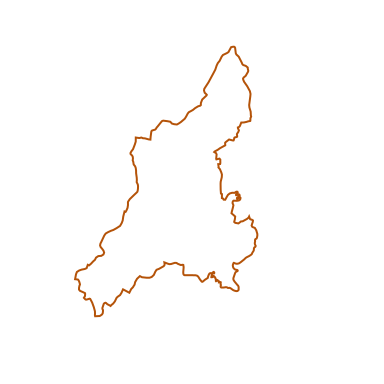 the district of Lang Son, Lạng Sơn, Vietnam, rotated 21°
{"feature_id": "81297802B21506651579478", "entity_name": "Lang Son", "entity_type": "district", "adm_level": 2, "iso_a3": "VNM", "parent_name": "Vietnam", "parent_adm1": "Lạng Sơn", "projection": "equal_earth", "projection_center": [106.757, 21.855], "detail": "fine", "context": "isolated", "style": "outline", "palette": "amber", "viewbox_px": 384, "rotation_deg": 21, "n_neighbors": 0, "source": "geoboundaries", "source_scale": "gbopen_adm2", "svg_char_len": 6107}
<svg xmlns="http://www.w3.org/2000/svg" viewBox="0 0 384 384"><g transform="rotate(21 192 192)"><path d="M146.1,342.7L150.2,340.9L150.9,340.1L151.9,338.5L152.1,337.2L151.7,335.5L151.2,334.1L150.3,333.3L149.9,332.4L149.7,328.0L150.1,327.1L150.9,326.4L151.5,326.4L153.2,327.1L156.0,327.4L156.8,327.6L157.3,326.3L158.4,324.4L159.2,321.8L159.5,317.9L160.1,316.5L161.8,314.0L162.3,311.3L162.5,307.6L169.6,308.5L170.0,304.4L171.0,302.1L171.3,300.3L171.6,299.1L171.2,296.5L171.8,292.7L173.5,289.2L175.8,289.5L180.7,288.2L183.0,287.3L184.8,285.8L186.1,283.1L186.3,279.5L186.8,277.3L188.7,275.6L192.1,271.5L192.5,270.3L192.3,269.1L191.6,268.0L191.4,267.6L195.0,267.6L196.6,267.5L198.2,266.8L201.2,264.4L202.5,263.9L203.1,263.8L204.3,264.1L207.7,264.2L208.3,263.9L208.9,263.5L209.6,263.2L210.0,263.2L211.1,265.1L211.6,266.7L212.4,269.5L212.8,270.6L213.4,271.7L214.0,272.2L214.4,272.3L215.0,272.3L224.2,268.8L225.1,268.5L226.6,268.3L228.0,268.7L230.8,270.8L233.2,272.2L233.7,272.2L234.1,271.9L235.6,269.2L237.5,266.6L237.3,264.9L237.3,263.2L237.5,262.0L238.1,261.2L239.6,260.8L240.0,260.2L240.7,258.9L241.0,258.8L241.7,259.3L241.8,259.8L241.5,259.8L241.2,260.0L240.2,261.6L240.1,262.2L240.4,263.3L240.5,264.3L240.6,264.6L241.0,264.5L241.2,264.1L241.8,264.0L242.0,263.8L241.9,262.8L242.1,262.6L242.4,262.6L244.3,263.5L244.6,263.9L244.9,264.5L245.3,264.8L245.8,264.9L246.0,266.2L246.2,266.6L246.4,266.7L246.7,266.3L247.2,265.2L247.4,265.1L248.0,265.7L248.3,265.7L248.9,265.6L249.2,266.0L249.5,266.8L250.0,266.6L250.4,266.0L251.1,265.9L251.3,266.2L251.7,267.8L252.3,268.4L252.4,268.8L252.4,269.5L252.6,270.0L253.0,270.5L253.6,270.7L255.7,269.9L257.4,268.9L258.1,268.6L259.0,268.5L259.7,268.7L260.2,268.6L261.4,268.0L262.4,268.0L265.4,268.8L266.9,268.9L268.8,268.7L269.8,268.2L270.5,267.2L270.5,266.4L269.6,264.0L268.6,262.9L267.8,262.6L263.9,260.4L262.5,259.4L261.8,258.5L261.5,257.5L261.3,252.3L261.4,251.4L261.8,250.6L262.7,249.7L262.9,249.2L262.7,248.8L262.1,248.6L261.0,248.8L259.9,248.9L259.0,248.6L258.0,248.1L257.1,247.2L256.3,245.7L256.2,244.6L256.3,243.2L256.5,243.1L257.9,243.2L258.9,243.1L259.7,242.9L260.6,242.4L261.6,241.6L262.8,239.8L264.9,236.2L265.7,234.4L266.3,233.5L268.3,231.3L269.4,229.8L270.0,228.7L270.1,228.3L270.1,227.1L270.6,224.7L270.5,223.9L270.1,222.8L270.0,222.0L270.1,221.6L270.2,221.2L270.7,220.6L270.8,220.2L270.8,219.8L270.7,219.4L270.4,219.1L269.9,218.7L269.2,217.8L268.9,217.1L268.6,215.5L268.1,214.4L268.0,213.6L268.1,213.3L268.9,212.4L269.0,211.6L268.9,210.8L268.6,209.2L268.0,207.7L265.7,204.7L263.5,203.0L261.3,203.0L260.7,202.9L259.7,202.0L259.5,199.9L259.5,198.3L259.1,196.7L257.6,196.4L256.4,196.6L255.7,196.3L254.1,194.4L254.0,195.6L253.0,197.4L249.8,201.2L248.2,202.0L247.5,203.3L246.6,204.7L243.4,205.3L242.1,204.8L241.8,202.1L241.1,199.4L236.5,197.7L236.2,195.9L235.8,192.2L235.4,189.5L233.8,187.8L233.5,186.6L233.6,185.8L233.9,185.2L237.1,184.1L238.8,183.1L239.6,181.9L239.6,181.1L239.4,180.1L238.8,179.7L238.2,180.1L236.7,182.4L236.2,181.8L236.1,181.3L237.5,178.9L237.7,178.1L237.2,177.5L236.5,177.4L235.6,178.3L234.4,179.2L234.2,179.1L234.0,178.4L234.4,177.4L234.8,176.5L234.8,175.9L234.3,175.5L233.3,175.8L231.9,177.6L229.8,178.3L227.8,179.8L226.6,181.8L226.2,184.1L225.8,187.3L224.3,187.8L223.4,187.0L222.1,187.0L220.7,183.2L219.6,183.1L217.9,179.5L215.7,174.0L215.1,172.1L214.5,167.5L213.7,165.0L212.4,163.3L209.9,160.7L207.9,159.6L207.8,158.9L206.5,156.6L207.6,156.1L208.2,155.8L208.1,154.9L206.8,151.6L205.7,151.0L203.1,152.8L202.7,152.4L201.5,148.1L200.5,147.1L198.4,146.7L198.6,146.1L200.9,143.4L202.5,141.0L206.3,136.5L205.3,134.2L205.5,133.5L207.8,129.7L211.4,129.3L212.3,129.0L212.4,128.4L212.1,126.1L212.6,125.5L213.8,124.8L214.3,124.2L214.1,123.5L213.3,122.2L213.2,121.4L213.7,119.4L213.7,117.6L212.1,116.1L211.7,115.3L212.4,114.7L213.0,113.6L213.1,112.0L213.1,110.8L213.1,109.5L215.5,108.5L217.8,107.0L219.0,106.0L220.9,104.8L220.8,104.1L220.4,103.1L220.1,102.0L220.2,100.4L219.5,99.4L218.0,96.0L215.3,92.5L214.2,90.3L212.2,82.0L211.5,79.5L209.9,77.1L205.7,73.5L201.1,70.4L199.5,68.7L199.0,67.8L199.2,66.6L200.5,64.3L201.2,59.7L201.1,58.7L199.9,56.9L199.4,55.8L197.0,55.0L194.3,55.1L193.2,54.6L192.1,53.4L187.1,48.9L184.1,47.7L183.1,46.7L181.9,44.4L180.6,42.0L179.9,41.4L179.1,41.3L177.7,42.0L176.6,42.8L175.9,48.3L174.9,49.7L171.8,53.0L171.2,55.0L170.8,59.7L169.9,62.4L169.7,65.2L169.9,69.4L169.4,73.6L168.1,83.7L166.5,91.2L166.8,92.9L168.3,94.8L170.3,95.6L171.0,96.0L170.9,96.8L168.4,102.0L168.4,105.7L169.1,107.7L168.8,108.4L167.0,109.8L164.9,112.5L163.5,115.0L162.2,116.6L160.4,118.7L159.9,120.3L159.5,123.6L159.0,126.2L156.6,130.6L155.0,132.9L153.7,134.4L151.0,135.1L148.7,135.3L146.6,134.2L143.7,134.7L139.6,135.7L138.7,136.4L138.2,137.6L136.4,143.2L135.9,144.5L135.7,145.9L135.3,146.9L132.7,148.9L132.4,149.6L132.4,150.3L133.6,155.3L134.4,158.0L132.8,158.4L128.8,158.8L126.9,159.4L125.3,159.3L124.9,159.5L123.8,160.3L123.1,160.6L120.0,161.3L121.4,165.1L121.6,168.1L121.6,173.2L120.8,175.9L120.7,176.9L120.6,177.7L121.0,178.5L121.7,178.9L123.0,179.4L124.0,180.3L124.8,181.7L125.3,183.7L126.3,184.8L127.7,187.2L129.7,188.4L130.9,189.8L132.1,192.0L133.1,194.5L135.3,198.5L136.1,200.3L136.5,201.5L136.8,202.6L138.7,204.4L139.5,205.8L140.4,208.4L140.8,210.2L140.9,211.4L140.5,212.4L139.0,215.5L136.5,220.9L135.8,223.9L135.9,224.6L136.9,227.1L137.5,229.9L137.4,232.8L137.1,234.4L136.7,234.5L136.0,234.4L136.6,239.5L137.5,243.4L137.5,246.2L137.0,249.4L134.6,252.7L132.2,255.6L130.2,257.3L127.9,259.7L126.3,261.7L125.7,264.1L125.2,271.2L125.0,272.9L125.3,274.8L126.4,276.1L128.4,277.2L130.3,278.4L131.7,280.1L131.7,282.1L130.2,284.1L127.5,285.4L125.9,287.7L125.7,290.1L124.6,292.2L123.4,295.2L122.2,297.4L120.8,297.3L120.9,300.9L119.5,302.3L116.8,304.0L114.8,305.7L113.2,307.9L113.2,310.4L114.1,315.3L116.9,314.6L117.9,315.2L118.9,316.2L120.2,317.9L120.6,318.6L120.5,319.8L120.9,322.1L121.5,323.6L122.8,324.4L126.6,324.6L128.4,324.8L128.8,325.5L129.4,327.6L129.0,329.5L130.8,330.4L131.6,330.5L132.7,329.8L134.6,328.3L135.3,328.3L138.4,331.0L141.6,334.7L144.1,338.1L145.0,340.2L145.5,341.8L146.1,342.7Z" fill="none" stroke="#b45309" stroke-width="2"/></g></svg>